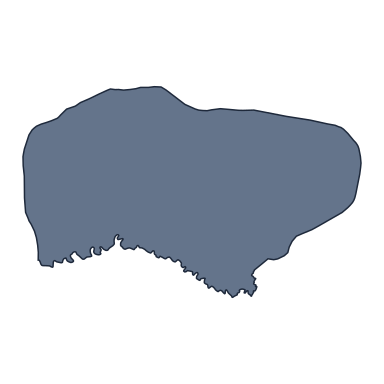 the district of Xaybuathong, Khammouan, Laos
{"feature_id": "54806243B39902865855878", "entity_name": "Xaybuathong", "entity_type": "district", "adm_level": 2, "iso_a3": "LAO", "parent_name": "Laos", "parent_adm1": "Khammouan", "projection": "albers", "projection_center": [105.527, 17.166], "detail": "fine", "context": "isolated", "style": "filled", "palette": "slate", "viewbox_px": 384, "rotation_deg": 0, "n_neighbors": 0, "source": "geoboundaries", "source_scale": "gbopen_adm2", "svg_char_len": 5990}
<svg xmlns="http://www.w3.org/2000/svg" viewBox="0 0 384 384"><path d="M250.3,295.0L250.9,296.0L251.2,296.1L251.5,296.1L251.8,295.2L252.5,294.2L252.8,293.5L253.6,292.3L253.4,291.2L253.6,290.9L254.0,290.8L254.4,291.0L254.6,291.0L255.2,290.7L256.0,289.3L256.6,287.6L256.8,286.8L256.1,286.5L255.7,286.6L255.5,286.3L255.6,286.0L255.9,285.9L256.0,285.6L255.9,285.1L255.6,284.9L254.1,284.3L253.7,283.9L253.7,283.2L254.2,282.5L254.0,281.8L254.0,281.4L254.6,280.5L255.0,279.5L255.5,279.1L255.7,278.7L255.5,278.4L254.1,278.0L253.8,277.3L252.8,276.2L252.0,275.8L251.7,275.5L251.8,274.6L252.0,274.3L252.6,273.6L253.3,273.1L253.4,272.7L253.4,271.8L254.3,270.6L254.3,270.1L254.5,269.9L262.5,263.4L268.0,258.8L273.7,259.7L277.7,258.9L284.3,255.7L287.8,252.6L289.2,247.1L292.1,241.3L296.4,236.2L302.1,233.7L311.8,229.7L319.7,225.3L342.2,212.4L347.7,207.7L350.1,205.3L352.5,202.5L353.8,200.3L354.8,197.8L355.9,193.4L359.7,174.3L360.6,167.5L361.0,163.1L360.4,156.5L358.9,148.8L358.0,146.2L357.1,144.6L355.8,142.7L353.5,140.3L347.9,133.5L343.5,129.2L341.0,127.5L338.5,126.7L335.2,125.3L327.4,123.9L310.1,120.1L286.5,116.4L253.9,110.1L243.0,110.4L238.4,110.3L228.7,109.4L220.3,108.7L211.7,109.8L207.1,110.7L202.5,110.5L198.7,110.1L195.2,109.0L184.9,104.4L165.9,89.9L161.1,87.0L154.3,86.7L148.6,87.4L140.6,87.4L135.9,88.7L130.2,89.5L123.6,90.1L118.5,89.5L115.2,89.6L110.4,89.0L107.4,90.2L99.7,93.7L89.2,98.8L80.4,102.6L75.4,106.1L66.6,109.1L61.0,114.6L58.8,117.0L57.3,118.3L51.3,120.8L46.1,122.6L41.2,124.1L36.5,126.2L34.1,128.1L32.1,130.0L29.0,134.9L24.4,149.0L23.5,153.6L23.0,156.7L23.2,165.8L24.3,176.0L24.5,198.0L25.6,212.4L28.2,218.5L29.0,220.8L31.3,224.5L34.5,231.2L36.4,237.6L37.7,245.4L38.3,252.3L38.2,260.1L38.8,260.1L39.4,260.5L40.1,261.8L40.9,264.1L41.3,264.7L41.7,265.2L42.3,265.5L42.9,265.6L46.7,265.7L49.6,265.9L51.1,266.8L52.4,267.2L52.6,267.1L53.0,266.8L53.3,262.4L53.4,261.8L53.7,261.3L54.0,260.9L54.4,260.7L54.8,260.6L55.1,260.7L56.3,261.6L57.0,261.9L60.8,262.7L61.1,262.8L61.6,262.7L62.4,262.4L62.8,260.6L63.4,259.4L63.7,258.9L64.5,258.4L65.6,258.1L65.9,258.1L66.1,258.3L66.6,259.8L67.2,260.8L67.7,261.2L68.8,261.8L70.8,262.5L72.0,262.3L73.1,261.7L73.4,261.4L73.5,260.9L73.2,260.2L71.1,257.9L70.5,256.6L70.4,255.4L70.6,254.9L70.8,254.7L71.9,254.0L72.2,253.7L72.7,252.8L73.0,252.5L74.1,251.9L74.7,251.8L75.2,251.8L75.8,252.0L76.0,252.3L76.8,254.1L77.3,254.6L79.2,256.0L81.7,258.4L82.3,258.9L82.9,259.2L83.8,259.2L84.3,259.0L86.2,257.5L87.1,257.0L88.8,256.8L90.2,256.7L91.3,256.3L91.6,256.1L91.6,255.5L91.4,254.9L90.8,253.9L90.4,252.7L90.2,251.0L90.2,250.2L90.5,249.0L90.8,248.5L91.8,247.4L92.3,247.1L92.8,247.1L93.2,247.2L93.7,247.5L94.2,248.2L94.3,248.7L94.2,249.2L93.7,251.4L93.9,252.5L94.3,253.1L94.8,253.6L95.4,254.0L96.8,254.5L98.4,254.8L99.3,254.7L100.0,254.5L100.6,254.1L100.7,253.8L100.8,253.6L100.2,252.5L100.3,252.1L101.1,250.2L101.1,249.8L101.0,249.5L100.1,248.2L99.9,247.9L99.9,247.5L100.1,247.1L100.4,246.9L100.9,246.9L101.3,247.0L101.8,247.3L103.3,248.9L103.9,249.4L105.7,250.3L106.9,250.4L107.3,250.3L107.9,250.0L108.9,248.6L109.6,247.9L112.8,245.7L113.9,244.5L114.2,244.0L114.3,243.1L114.1,241.9L114.1,239.9L114.6,238.0L114.9,237.1L115.4,236.3L116.5,235.1L117.1,234.8L117.7,234.7L118.0,234.7L118.5,235.0L118.7,235.3L118.7,235.7L118.4,236.4L117.5,237.6L117.3,238.1L117.5,238.9L117.7,239.2L118.1,239.5L118.6,239.5L122.3,238.6L122.7,238.7L123.0,238.9L123.0,239.5L122.9,239.7L121.8,241.0L120.8,242.6L120.6,243.8L120.6,245.2L120.9,245.8L121.2,246.2L122.4,247.1L122.8,247.8L123.6,248.6L124.1,248.9L125.0,249.2L125.5,249.1L126.9,248.5L128.2,248.1L129.4,247.9L130.6,248.2L133.8,249.6L134.1,249.5L134.3,249.4L135.0,248.3L136.3,247.4L137.1,245.8L137.4,245.6L138.0,245.5L138.6,246.0L139.0,246.8L139.5,247.6L139.8,247.7L141.9,247.9L143.0,248.4L144.9,249.5L146.2,250.7L148.2,252.1L149.7,252.7L150.6,253.0L151.0,252.8L152.7,251.0L153.0,250.9L153.7,250.9L153.9,251.1L154.1,251.2L154.2,251.5L154.4,252.8L154.3,253.3L154.6,254.2L154.9,254.5L155.8,255.1L156.0,255.3L156.1,256.3L156.3,256.7L157.1,257.1L157.4,257.3L158.4,257.7L158.8,257.7L159.2,257.5L160.0,256.3L160.3,256.3L162.7,257.5L164.5,258.6L165.4,258.8L165.7,258.8L167.4,257.5L168.4,257.2L169.2,257.1L169.6,257.2L170.6,258.1L172.4,260.5L173.2,261.2L174.0,261.6L175.1,261.9L176.0,261.3L177.4,260.0L178.1,259.8L178.4,259.9L179.7,260.8L180.4,261.6L180.8,262.2L181.1,262.5L181.3,263.0L181.4,263.4L181.2,265.1L181.3,265.9L181.7,266.6L182.6,267.4L183.0,267.5L183.5,267.5L183.9,267.2L184.8,266.7L185.2,266.7L185.6,267.1L185.7,267.4L185.6,268.0L183.8,270.4L183.7,271.1L183.9,271.3L184.7,271.9L185.2,271.9L186.4,271.5L187.2,270.8L187.5,270.6L187.9,270.7L190.1,271.1L192.4,271.7L192.5,271.9L192.6,272.2L192.6,274.1L192.8,274.6L193.0,274.9L193.4,275.1L193.7,275.1L194.0,274.8L195.6,273.1L197.0,272.5L197.5,272.7L197.9,273.3L198.0,274.3L197.8,274.7L197.2,275.5L196.7,276.4L196.5,277.3L196.5,278.4L196.8,278.7L197.7,279.3L199.2,280.2L199.5,280.3L199.9,280.3L200.1,280.1L200.6,279.1L201.1,278.7L201.4,278.6L203.9,278.2L204.9,278.3L205.1,278.4L205.1,278.7L204.6,279.6L204.3,281.9L204.3,282.4L204.5,283.0L205.7,283.9L207.3,284.5L207.5,284.8L207.7,285.1L208.0,287.1L208.3,287.8L208.7,288.1L208.9,288.1L209.3,287.9L210.8,286.7L211.6,286.3L212.5,286.5L213.8,287.5L215.0,289.0L215.5,289.8L217.4,291.3L217.9,291.5L218.3,291.5L219.0,290.9L219.5,290.6L220.3,290.3L220.8,290.4L221.7,290.8L222.0,291.1L223.5,292.8L224.3,293.5L224.7,293.7L225.2,293.2L225.3,291.1L225.6,290.4L226.0,290.0L226.4,289.9L226.7,290.1L228.5,293.1L231.1,295.5L231.5,295.9L232.0,297.1L232.4,297.3L232.7,297.3L232.9,297.2L234.5,296.1L236.6,295.1L237.2,294.8L237.3,294.4L237.2,293.9L237.4,293.4L238.0,292.9L238.6,292.6L238.9,292.6L239.3,292.2L239.6,291.6L239.6,291.1L239.3,290.4L239.5,290.1L239.8,289.8L240.3,289.5L241.6,289.1L242.8,289.1L244.9,289.7L245.0,290.0L245.0,290.3L244.2,292.4L244.2,292.8L244.6,293.0L245.1,293.0L245.3,292.9L246.8,290.9L247.7,290.7L247.9,290.8L248.0,291.4L248.2,293.1L248.5,293.7L249.4,294.5L250.3,295.0Z" fill="#64748b" stroke="#1e293b" stroke-width="1.5"/></svg>